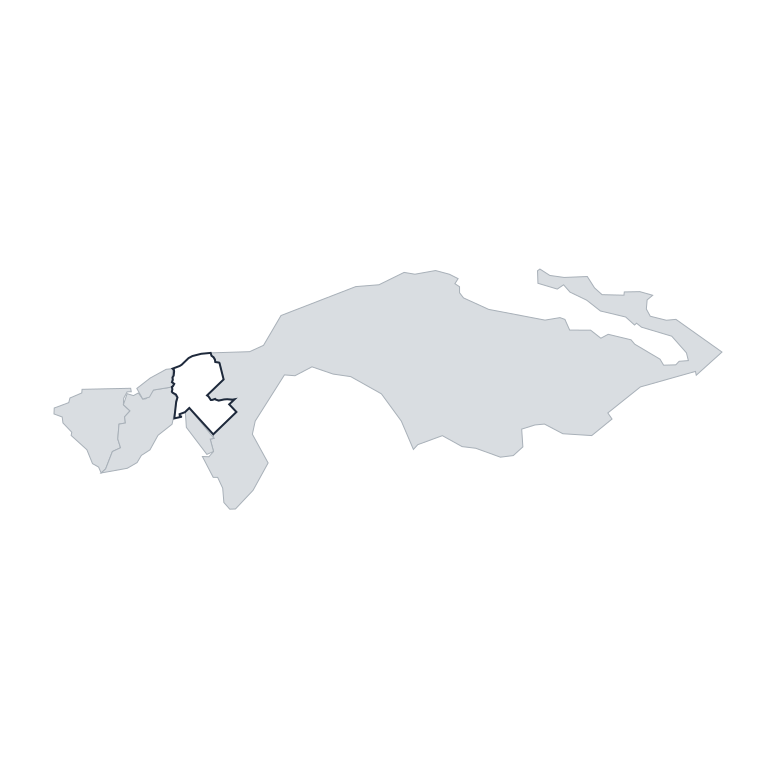 Guatemala highlighted among its neighbors, rotated 136°
{"feature_id": "GTM", "entity_name": "Guatemala", "entity_type": "country or territory", "adm_level": 0, "iso_a3": "GTM", "parent_name": "North America", "parent_adm1": "", "projection": "orthographic", "projection_center": [-90.227, 15.776], "detail": "coarse", "context": "with_neighbors", "style": "outline", "palette": "slate", "viewbox_px": 768, "rotation_deg": 136, "n_neighbors": 5, "source": "natural_earth", "source_scale": "50m", "svg_char_len": 3260}
<svg xmlns="http://www.w3.org/2000/svg" viewBox="0 0 768 768"><g transform="rotate(136 384 384)"><path d="M118.7,172.2L153.3,173.4L151.2,176.7L201.6,203.8L243.1,207.7L244.3,200.4L270.4,202.6L289.9,224.0L296.4,243.7L303.9,249.7L316.3,255.9L327.8,242.3L340.7,242.7L351.1,250.5L362.6,274.0L371.3,284.7L377.9,306.3L401.8,316.9L408.3,316.5L397.3,345.3L392.7,378.7L402.8,412.4L413.7,426.5L423.9,446.4L442.3,451.8L449.3,459.7L502.4,446.8L513.6,439.3L522.2,407.7L552.0,398.5L577.7,397.3L581.9,401.1L581.5,410.0L572.4,421.1L568.5,432.4L571.7,435.5L565.0,458.0L560.5,453.3L553.5,453.9L547.3,465.1L544.1,463.0L542.2,466.6L509.4,466.4L509.4,476.8L501.4,476.8L519.3,492.5L518.8,498.8L496.0,498.7L487.3,513.7L489.8,517.2L487.2,526.9L458.2,500.6L443.8,495.5L410.5,504.8L336.7,473.7L318.7,458.9L292.0,450.3L285.5,441.5L268.1,429.8L260.7,417.5L257.5,408.3L263.3,406.9L262.1,401.5L266.3,397.1L267.0,390.7L256.9,365.0L223.8,318.1L211.3,309.5L209.0,304.8L213.0,293.8L198.0,279.2L196.2,266.3L188.2,264.0L175.6,244.2L176.0,238.5L168.2,210.1L169.8,203.3L160.8,195.1L155.9,195.3L148.8,189.4L144.8,196.3L143.8,218.5L159.3,246.0L160.1,252.3L162.8,252.4L163.6,264.3L177.6,286.2L180.0,303.6L186.4,320.9L185.9,330.6L193.4,331.9L203.3,349.5L194.9,358.8L192.0,358.4L189.3,346.9L180.4,335.5L163.1,320.1L165.8,306.9L165.1,296.8L149.7,281.2L147.2,283.3L135.8,272.7L129.1,261.2L136.3,261.7L143.2,255.7L145.4,247.8L136.6,233.7L129.1,227.7L118.7,172.2Z" fill="#d9dde1" stroke="#a8b0b8" stroke-width="1"/><path d="M642.2,591.7L637.9,595.8L623.7,589.6L619.6,592.1L607.6,587.5L604.9,589.9L569.2,556.9L571.2,554.0L574.2,556.8L581.1,554.6L585.9,550.1L585.4,541.1L593.4,540.6L597.1,535.6L602.5,539.2L613.7,529.4L617.8,521.2L626.3,524.1L643.2,516.3L649.3,516.5L647.0,522.5L649.0,529.2L643.4,543.1L644.8,564.3L642.1,566.2L642.0,579.0L638.4,583.8L642.2,591.7Z" fill="#d9dde1" stroke="#a8b0b8" stroke-width="1"/><path d="M649.3,516.5L643.2,516.3L626.3,524.1L617.8,521.2L613.7,529.4L602.5,539.2L597.1,535.6L593.4,540.6L585.4,541.1L585.9,550.1L575.5,555.5L572.3,549.7L566.9,548.2L568.0,540.8L565.6,538.8L554.0,539.8L538.7,529.2L542.4,524.5L542.2,517.3L564.4,502.3L582.2,504.1L598.1,499.2L608.1,501.2L616.2,499.0L627.2,501.7L649.3,516.5Z" fill="#d9dde1" stroke="#a8b0b8" stroke-width="1"/><path d="M538.7,529.2L554.0,539.8L561.9,537.5L568.0,540.8L564.9,552.5L548.0,550.7L530.5,545.9L525.4,541.9L535.5,532.5L534.5,530.3L538.7,529.2Z" fill="#d9dde1" stroke="#a8b0b8" stroke-width="1"/><path d="M540.8,502.1L544.1,463.0L547.3,465.1L553.5,453.9L560.3,456.4L556.3,490.1L546.1,502.1L540.8,502.1Z" fill="#d9dde1" stroke="#a8b0b8" stroke-width="1"/><path d="M487.1,526.8L488.5,524.1L488.0,521.7L488.6,519.1L490.1,517.0L487.8,514.0L487.8,513.3L496.2,498.7L519.2,498.7L518.9,497.0L519.7,492.8L518.7,491.9L515.8,490.6L515.8,489.6L514.5,486.9L509.8,484.0L507.4,482.0L503.8,477.8L502.2,476.8L509.5,476.9L509.6,466.4L541.8,466.4L540.7,502.0L546.8,502.0L552.0,504.3L553.2,502.7L552.1,500.9L558.7,504.9L545.7,515.7L541.9,517.8L541.0,521.0L542.1,524.6L542.0,525.8L539.9,527.2L538.6,529.3L537.5,529.0L534.8,529.8L535.3,532.6L533.0,533.7L531.6,535.6L529.4,536.2L526.3,538.8L525.3,540.1L525.4,541.9L518.5,538.9L516.2,538.4L506.6,538.4L502.4,537.2L494.5,532.7L487.1,526.8Z" fill="none" stroke="#1e293b" stroke-width="2"/></g></svg>